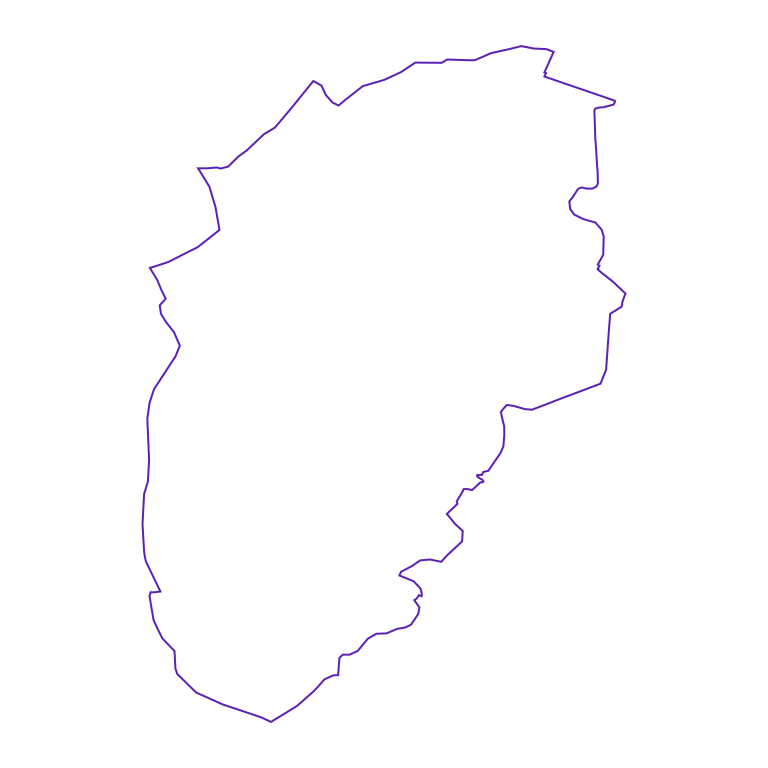 Kereneik, Western Darfur, Sudan (Albers equal-area conic projection)
{"feature_id": "16777658B41209809376669", "entity_name": "Kereneik", "entity_type": "district", "adm_level": 2, "iso_a3": "SDN", "parent_name": "Sudan", "parent_adm1": "Western Darfur", "projection": "albers", "projection_center": [22.962, 13.294], "detail": "fine", "context": "isolated", "style": "outline", "palette": "violet", "viewbox_px": 768, "rotation_deg": 0, "n_neighbors": 0, "source": "geoboundaries", "source_scale": "gbopen_adm2", "svg_char_len": 4600}
<svg xmlns="http://www.w3.org/2000/svg" viewBox="0 0 768 768"><path d="M150.7,592.2L149.5,596.0L153.6,620.3L159.4,632.6L162.6,638.7L174.5,651.0L175.4,668.5L177.2,673.9L196.1,692.5L222.3,704.3L261.3,717.4L271.0,721.9L296.8,706.1L314.1,690.9L320.9,683.4L324.4,679.4L333.1,675.4L338.1,675.1L338.5,670.3L338.9,664.6L339.5,657.8L339.5,657.7L340.0,657.3L340.2,657.1L341.6,655.8L342.4,655.1L342.8,654.7L346.2,654.7L347.5,654.7L349.5,654.7L354.3,652.5L357.3,651.1L357.7,651.0L357.8,650.8L358.5,650.0L362.0,645.7L362.6,645.0L363.9,643.4L365.3,641.7L367.7,638.8L376.2,633.8L382.1,633.5L386.5,633.4L392.8,630.7L396.2,629.3L396.8,629.0L397.0,628.9L397.5,628.8L399.4,628.5L399.8,628.4L401.7,628.1L402.5,628.0L404.2,627.7L404.8,627.7L405.0,627.6L405.6,627.3L407.0,626.6L407.9,626.2L411.1,624.6L411.2,624.4L411.3,624.3L411.7,623.7L412.2,622.9L412.3,622.7L412.9,622.0L413.1,621.7L414.9,619.0L415.3,618.3L418.1,614.2L418.2,613.9L419.0,609.7L419.4,607.5L419.4,607.3L419.0,606.8L418.6,606.3L417.9,605.2L417.7,604.9L414.6,600.7L414.3,600.2L414.6,600.0L414.8,599.9L415.2,599.6L415.3,599.5L415.9,599.1L416.1,599.0L416.3,598.8L416.5,598.6L416.7,598.3L417.0,598.0L417.1,597.8L417.4,597.4L417.5,597.2L418.5,595.9L418.8,595.5L419.0,595.3L419.1,595.1L419.6,595.4L420.5,595.8L421.0,596.0L421.5,596.2L421.9,594.1L420.5,588.6L413.7,581.3L399.4,575.5L401.0,571.8L411.8,566.1L420.2,560.4L429.9,559.5L441.3,561.8L447.0,555.4L462.1,541.4L462.7,530.9L455.1,524.0L446.9,513.9L451.4,509.6L457.5,503.8L456.7,501.4L461.7,493.2L463.1,490.3L463.6,489.2L467.2,489.0L472.1,490.1L480.4,482.3L482.1,482.4L483.4,481.5L482.3,479.6L479.1,478.0L478.8,477.5L478.0,477.2L477.0,476.0L477.4,474.9L479.1,475.1L480.4,474.9L481.9,474.9L482.6,473.5L483.3,471.9L485.8,471.4L488.4,470.8L489.4,469.3L489.6,468.9L495.2,460.7L497.7,457.1L498.0,456.7L500.4,453.2L502.6,448.1L503.3,446.6L503.4,446.2L503.4,445.8L503.6,443.7L504.2,436.5L504.3,435.0L504.2,426.4L501.7,416.2L500.9,411.9L501.4,411.3L504.2,407.8L506.9,404.9L507.6,405.0L513.8,406.0L517.1,406.9L522.4,408.4L524.8,409.1L528.5,409.4L531.3,409.7L531.7,409.7L531.9,409.7L532.3,409.6L532.6,409.5L532.8,409.4L533.5,409.1L538.9,407.1L549.0,403.2L551.2,402.4L551.5,402.3L552.9,401.7L556.3,400.3L585.9,389.2L600.4,383.7L600.5,383.7L606.1,369.7L608.9,330.3L609.4,324.1L610.0,316.1L610.0,315.8L610.0,315.3L610.1,314.2L610.2,313.8L610.3,313.7L611.0,313.3L612.2,312.5L614.3,311.3L620.0,307.7L620.7,307.3L621.1,307.0L621.5,306.8L621.7,306.5L621.8,306.3L621.9,305.6L622.0,304.7L622.3,302.7L622.4,302.0L623.1,299.8L624.1,297.1L624.2,296.7L624.6,295.6L625.1,294.5L625.3,294.1L625.5,293.6L621.9,290.2L619.3,287.7L617.2,285.8L613.1,281.8L611.3,280.4L611.2,280.3L610.7,279.9L608.7,278.4L607.7,277.5L607.0,277.0L605.8,276.0L603.2,274.0L603.0,273.8L601.1,272.3L597.9,269.6L598.3,269.0L597.8,268.6L599.4,265.7L599.0,265.6L597.8,264.5L603.2,254.8L603.7,237.1L603.7,236.3L601.6,229.6L595.3,222.5L585.3,219.7L584.3,219.3L583.9,219.2L582.4,218.6L581.7,218.3L580.1,217.5L574.2,214.6L570.2,209.0L570.2,208.8L570.2,208.4L570.1,208.2L570.1,207.6L570.0,207.2L569.9,206.4L569.9,206.2L569.8,205.9L569.8,205.7L569.8,205.4L569.7,205.1L569.7,204.7L569.6,204.0L569.4,202.2L569.3,201.6L569.9,200.7L570.9,199.4L572.2,197.8L572.6,197.3L574.1,194.9L575.6,192.7L576.6,191.1L578.3,188.7L581.8,187.4L586.4,188.6L592.4,188.6L596.5,186.5L597.9,183.3L597.9,181.7L597.8,181.1L597.8,180.9L597.8,180.7L597.8,179.7L597.7,173.1L597.0,164.7L596.9,162.5L596.5,155.9L596.1,149.2L596.1,148.8L595.8,145.1L595.7,143.3L595.3,139.3L595.3,138.7L595.2,136.3L595.2,135.7L594.9,126.5L594.6,116.8L594.5,115.7L594.5,114.3L594.5,114.1L594.3,110.9L595.2,108.6L599.1,107.5L601.2,107.4L603.2,107.3L613.6,104.6L614.8,102.1L614.9,101.9L614.9,101.3L614.8,101.1L614.8,100.7L544.9,76.7L544.4,76.5L546.0,73.0L544.4,72.5L553.6,51.9L553.3,51.8L552.5,51.5L546.3,49.1L544.4,49.0L533.6,48.5L527.6,47.3L521.2,46.1L510.5,48.8L490.9,53.2L474.8,60.2L470.3,60.3L447.2,59.5L441.7,62.8L415.3,62.6L401.0,72.1L384.2,79.9L362.8,86.1L346.0,99.3L338.6,105.5L332.6,102.6L325.9,95.1L321.5,85.6L313.5,81.1L313.3,81.0L292.3,107.0L275.0,127.5L263.8,134.3L246.7,150.5L241.7,154.1L238.6,156.3L228.0,166.7L220.7,168.5L216.5,167.5L207.4,168.3L198.1,168.3L209.4,186.7L215.5,207.1L218.9,226.6L219.4,230.0L197.6,247.2L182.8,254.6L176.4,257.9L168.3,262.0L149.9,268.0L157.1,279.7L161.7,290.7L165.7,298.7L159.7,305.4L161.0,313.9L165.9,321.9L174.0,332.2L179.8,345.6L175.5,356.4L155.0,387.7L154.0,389.2L149.5,403.1L147.3,418.8L149.1,459.8L147.9,481.6L144.1,494.0L142.5,523.9L144.1,551.5L144.9,557.0L146.0,561.7L160.4,591.5L155.7,592.1L152.6,592.4L150.7,592.2Z" fill="none" stroke="#5b21b6" stroke-width="2"/></svg>